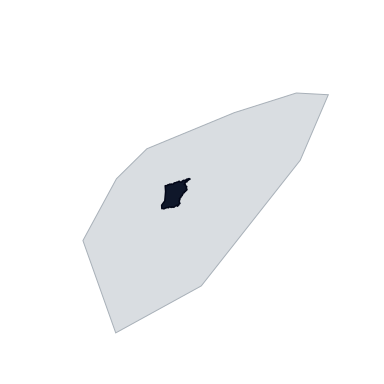 location of Tete Chemin/Millet, Anse-la-Raye, Saint Lucia, rotated 36°
{"feature_id": "8701671B40430448784583", "entity_name": "Tete Chemin/Millet", "entity_type": "district", "adm_level": 2, "iso_a3": "LCA", "parent_name": "Saint Lucia", "parent_adm1": "Anse-la-Raye", "projection": "robinson", "projection_center": [-60.996, 13.893], "detail": "fine", "context": "in_parent", "style": "filled", "palette": "ink", "viewbox_px": 384, "rotation_deg": 36, "n_neighbors": 0, "source": "geoboundaries", "source_scale": "gbopen_adm2", "svg_char_len": 4238}
<svg xmlns="http://www.w3.org/2000/svg" viewBox="0 0 384 384"><g transform="rotate(36 192 192)"><path d="M254.7,262.5L213.1,350.8L132.3,295.4L123.1,225.7L130.1,183.5L179.6,102.9L218.2,50.6L245.1,33.2L260.9,102.7L254.7,262.5Z" fill="#d9dde1" stroke="#a8b0b8" stroke-width="1"/><path d="M182.7,182.7L182.4,182.7L182.2,182.8L181.9,182.9L181.7,182.9L181.6,183.1L181.4,183.3L181.1,183.7L181.0,183.8L180.9,184.1L180.7,184.4L180.5,184.5L180.3,184.6L180.1,185.1L180.1,185.3L180.0,185.7L179.9,186.0L179.6,186.4L179.4,186.8L179.1,187.0L178.9,187.3L178.7,187.4L178.3,187.5L178.2,187.7L178.1,188.0L177.9,188.5L177.7,188.8L177.9,189.1L177.9,189.3L177.8,189.6L177.7,189.8L177.6,190.0L177.3,190.4L177.2,190.6L176.8,190.7L176.7,190.8L176.4,190.9L176.0,190.8L175.7,190.7L175.2,190.9L175.1,191.2L174.9,191.5L174.7,191.8L174.7,192.0L174.6,192.3L174.6,192.5L174.4,192.8L174.1,193.0L173.9,193.1L173.7,193.2L173.7,193.3L173.6,193.5L173.4,194.0L173.0,194.4L172.8,194.6L172.5,194.8L172.3,195.1L172.2,195.4L172.3,195.8L172.3,196.0L172.2,196.2L172.2,196.5L172.1,196.8L172.1,197.0L171.8,197.1L171.7,197.1L171.4,197.2L171.2,197.3L171.2,197.5L171.0,197.8L170.9,197.8L170.7,197.9L170.4,197.9L170.4,198.1L170.4,198.3L170.2,198.5L169.9,198.7L169.7,198.7L169.5,198.8L169.4,198.8L169.4,199.0L169.1,199.5L168.9,199.6L168.8,199.8L168.7,200.0L168.5,200.3L168.3,200.3L168.2,200.6L168.2,200.8L168.3,201.0L168.3,201.3L168.1,201.5L167.7,201.7L167.3,202.1L167.1,202.3L166.9,202.4L166.8,202.5L166.7,202.8L170.3,207.1L172.2,210.2L175.2,215.2L175.2,220.5L177.1,222.9L177.4,223.1L177.5,223.0L177.6,222.9L177.8,222.7L178.1,222.6L178.5,222.4L178.9,222.3L179.1,222.2L179.3,222.0L179.5,221.6L179.6,221.4L179.7,221.2L179.8,221.1L179.9,220.9L179.9,220.7L179.8,220.4L179.9,220.2L180.0,220.1L180.2,219.9L180.3,219.9L180.5,219.8L180.6,219.7L180.8,219.7L181.0,219.2L181.4,219.0L181.5,218.9L181.7,218.7L181.9,218.7L182.1,218.6L182.3,218.5L182.3,218.4L182.2,218.1L182.2,217.9L182.2,217.7L182.3,217.7L182.5,217.4L182.8,217.2L183.0,217.1L183.7,216.8L183.8,216.8L184.0,216.8L184.1,216.7L184.3,216.6L184.3,216.3L184.2,216.1L184.2,215.9L184.3,215.8L184.4,215.7L184.5,215.6L185.1,215.7L185.3,215.7L185.5,215.6L185.5,215.3L185.5,215.2L185.8,215.0L186.0,215.0L186.1,214.9L186.3,214.9L186.4,214.7L186.5,214.5L186.6,214.2L186.6,213.7L186.8,213.2L186.9,212.9L187.0,212.8L187.1,212.5L187.1,212.4L187.2,212.2L187.4,211.8L187.5,211.6L187.8,211.6L188.0,212.0L188.3,212.1L188.6,212.0L188.7,211.9L188.6,211.7L188.4,211.6L188.4,211.3L188.4,211.2L188.5,211.2L188.8,210.6L188.9,210.3L188.6,210.1L188.5,209.9L188.6,209.7L188.8,209.1L188.9,208.7L188.9,208.4L188.7,208.4L188.5,208.2L188.4,208.2L188.1,207.8L188.0,207.6L187.8,207.5L187.7,207.4L187.4,207.3L187.1,207.2L186.9,207.0L186.8,206.8L186.8,206.5L186.8,206.2L186.7,205.7L186.6,205.3L186.6,205.2L186.4,205.1L186.1,205.0L185.8,204.8L185.7,204.7L185.7,204.4L185.9,204.1L186.0,203.9L186.0,203.6L186.1,203.3L186.1,203.0L186.1,202.7L185.9,202.3L185.8,202.0L185.7,201.9L185.7,201.7L185.8,201.6L186.0,201.2L186.1,200.8L186.1,200.5L186.0,200.4L185.9,200.3L185.8,200.2L185.7,200.1L185.7,199.9L185.9,199.6L185.9,199.3L185.8,199.2L185.6,198.9L185.5,198.7L185.5,198.1L185.7,197.8L185.8,197.7L186.0,197.3L186.1,197.1L186.1,196.9L185.9,196.7L185.7,196.5L185.8,196.4L185.9,196.2L186.0,196.0L185.9,195.8L185.9,195.7L186.0,195.6L186.1,195.4L186.3,195.3L186.3,195.1L186.3,194.8L186.3,194.6L186.4,194.3L186.4,194.2L186.5,194.0L186.6,193.7L186.4,193.1L186.3,192.7L186.2,192.7L185.8,192.7L185.7,192.6L185.3,192.7L185.2,192.6L184.9,192.3L184.8,192.1L184.8,191.7L184.8,191.1L184.7,190.9L184.4,190.7L184.0,190.7L183.8,190.8L183.6,190.8L183.3,190.7L183.1,190.6L182.9,190.4L182.6,190.2L182.2,190.0L181.9,190.1L181.8,190.3L181.6,190.3L181.3,190.3L181.3,190.2L181.5,190.0L181.6,189.9L181.6,189.7L181.4,189.4L181.4,189.2L181.2,188.9L180.8,188.8L180.7,188.5L180.8,188.3L180.9,188.1L181.0,188.1L181.1,187.8L181.3,187.6L181.2,187.4L181.2,187.2L181.0,186.8L181.1,186.7L181.4,186.7L181.7,186.8L181.8,186.7L181.6,186.5L181.6,186.4L181.7,186.2L181.6,185.8L181.7,185.7L181.8,185.6L181.8,185.4L181.9,185.2L182.0,184.9L182.0,184.7L182.1,184.3L182.2,184.1L182.3,183.9L182.3,183.6L182.4,183.4L182.5,183.3L182.6,183.2L182.8,182.9L182.7,182.7Z" fill="#0f172a" stroke="#020617" stroke-width="1.5"/></g></svg>